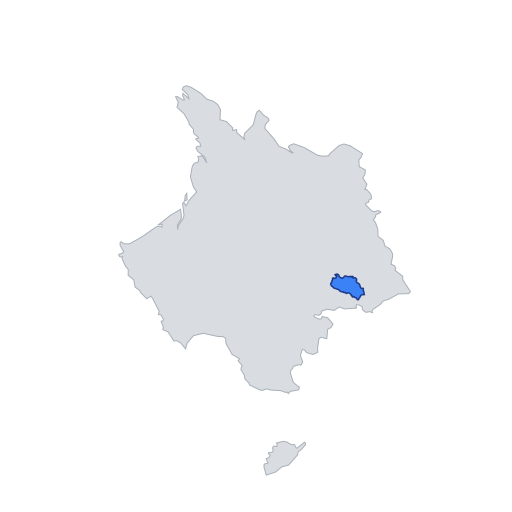 location of Haute-Saône within France, rotated 45°
{"feature_id": "FRA-5301", "entity_name": "Haute-Saône", "entity_type": "Metropolitan department", "adm_level": 1, "iso_a3": "FRA", "parent_name": "France", "parent_adm1": "", "projection": "natural_earth1", "projection_center": [5.999, 47.635], "detail": "fine", "context": "in_parent", "style": "filled", "palette": "blue", "viewbox_px": 512, "rotation_deg": 45, "n_neighbors": 0, "source": "natural_earth", "source_scale": "10m", "svg_char_len": 6244}
<svg xmlns="http://www.w3.org/2000/svg" viewBox="0 0 512 512"><g transform="rotate(45 256 256)"><path d="M378.4,213.7L375.6,215.1L373.8,217.9L372.0,218.5L368.7,218.5L367.0,216.8L363.1,217.9L361.4,219.7L363.8,221.9L355.9,230.9L350.9,233.2L349.8,239.1L343.8,243.5L341.6,248.1L341.4,249.1L342.9,250.6L342.3,253.6L339.3,255.6L339.3,257.5L340.2,257.8L344.8,256.2L346.5,254.4L345.6,252.0L350.3,249.0L358.6,249.7L359.6,253.7L358.5,257.1L364.5,264.4L359.3,267.7L359.0,270.0L364.4,277.3L367.8,280.4L366.0,285.3L360.3,288.5L356.7,288.2L355.1,289.0L355.3,290.5L357.8,295.0L364.0,297.9L364.9,301.3L363.2,302.5L360.4,307.6L361.6,310.1L361.2,311.2L361.8,312.9L363.4,314.7L371.9,319.0L379.7,318.2L380.7,320.7L376.0,327.4L376.2,330.4L373.9,330.4L373.5,331.5L368.7,333.7L361.0,340.5L357.4,342.5L356.0,345.9L353.9,347.8L342.8,351.7L340.7,350.8L335.4,350.9L332.0,348.5L325.5,346.9L323.5,343.3L317.4,342.7L317.1,340.3L308.7,342.5L296.8,339.2L292.7,335.7L289.2,336.6L286.1,339.8L273.3,348.0L268.1,356.6L269.0,366.5L271.9,371.5L264.0,370.7L259.4,372.2L258.1,374.2L247.1,371.8L243.0,373.8L241.9,373.7L240.5,371.6L235.1,369.2L236.0,367.6L235.2,366.1L230.2,364.9L228.4,366.4L226.5,363.5L212.3,358.9L210.0,359.0L209.0,363.5L199.8,363.4L198.5,362.6L192.6,363.5L186.4,359.3L179.3,360.1L175.1,355.8L171.0,355.5L165.1,353.3L162.5,352.1L162.2,350.8L160.4,352.8L158.2,352.4L157.8,351.8L159.2,349.4L159.6,346.6L152.3,344.5L150.4,342.5L150.4,341.4L154.4,340.5L158.1,336.6L161.9,322.6L164.8,306.1L166.7,303.0L169.0,302.1L167.2,299.8L164.9,302.8L166.7,287.7L169.6,276.4L175.6,281.0L177.0,283.0L178.6,289.8L182.0,292.6L179.8,289.9L177.9,280.9L176.5,278.3L167.0,270.8L166.7,269.1L171.0,270.0L169.4,264.4L168.7,252.6L162.9,251.4L153.6,246.4L147.4,237.4L146.8,234.1L148.6,230.5L147.2,228.3L144.5,226.7L146.7,223.7L148.6,223.4L155.4,225.1L149.9,222.2L140.9,223.2L137.3,222.2L136.8,220.1L139.3,217.4L136.4,215.7L131.2,216.1L130.6,215.4L132.2,213.4L130.9,212.7L126.7,213.4L124.3,212.8L122.2,210.6L115.4,210.1L113.9,208.8L104.7,206.3L94.9,206.7L92.4,202.3L86.5,200.2L87.8,198.8L93.8,197.5L95.0,196.2L90.7,194.4L89.3,192.6L97.3,192.2L93.7,190.2L86.0,190.4L85.1,187.8L86.2,185.0L90.8,182.6L102.1,180.0L110.3,179.9L116.2,176.8L121.9,176.0L127.2,177.5L134.2,185.1L140.2,181.8L148.9,181.9L150.6,183.8L153.0,180.3L154.9,182.3L165.5,181.6L163.1,180.3L161.2,177.0L161.2,165.1L156.1,156.4L154.8,153.3L155.3,150.6L161.5,151.1L166.8,149.9L169.3,150.7L169.7,156.3L171.8,159.5L186.4,160.5L194.7,162.2L201.9,159.1L208.5,157.7L209.1,156.9L205.3,157.2L201.8,155.9L201.4,154.4L203.3,150.0L213.5,145.2L228.4,141.2L232.3,138.5L236.7,133.6L235.8,132.3L236.7,119.0L239.0,114.6L244.6,111.5L259.0,108.3L260.7,112.5L260.5,114.9L264.3,118.6L266.1,119.8L272.4,117.8L275.4,121.3L276.2,125.2L283.7,126.8L285.9,131.9L287.2,130.8L292.0,131.0L294.2,131.5L297.2,133.7L296.3,136.8L297.6,138.3L296.3,141.1L297.2,142.3L305.8,142.3L308.5,141.0L309.7,138.2L312.3,136.5L313.3,137.0L311.6,142.3L312.8,143.7L313.4,147.5L316.7,147.8L323.0,150.8L328.4,155.8L335.0,155.0L340.3,157.8L345.7,156.3L350.8,157.8L352.6,159.3L357.3,166.3L361.0,164.9L363.6,165.8L364.5,167.8L374.2,166.6L376.0,168.6L378.0,169.3L390.4,172.0L390.6,174.6L383.5,182.1L380.4,192.9L378.3,196.6L377.6,199.4L378.2,201.3L377.8,204.2L376.4,211.2L377.2,213.3L378.4,213.7ZM424.9,359.9L424.3,364.5L426.1,367.7L426.9,380.7L423.3,387.0L422.7,394.6L418.2,403.7L411.0,399.7L408.9,397.4L410.8,394.0L406.6,392.1L407.6,388.7L407.1,387.0L404.2,386.9L404.0,386.0L406.2,383.4L406.1,381.8L403.3,379.8L402.8,378.0L405.4,376.0L404.2,374.2L402.7,373.7L406.3,367.8L408.7,366.0L414.3,364.4L416.6,362.2L420.2,363.3L420.9,362.8L421.9,353.4L423.2,353.3L424.4,354.5L424.9,359.9ZM167.6,265.0L166.7,267.7L163.1,263.1L162.7,260.6L167.6,265.0Z" fill="#d9dde1" stroke="#a8b0b8" stroke-width="1"/><path d="M330.8,223.8L330.5,223.8L330.1,223.7L329.0,223.1L328.8,222.8L328.6,222.9L328.3,222.5L328.2,222.3L328.1,222.0L328.1,221.7L328.0,220.8L328.0,220.6L327.9,220.4L327.7,220.2L327.3,219.9L327.1,219.7L327.0,219.3L327.0,219.0L327.0,218.7L326.9,218.5L326.9,218.3L326.6,218.1L326.4,218.1L326.2,218.0L325.9,217.8L325.9,217.5L326.0,217.3L326.1,216.9L326.2,216.7L326.4,216.6L326.6,216.6L327.0,216.5L327.4,216.1L327.8,215.7L328.0,215.3L328.0,215.1L328.0,214.9L327.9,214.7L327.6,214.3L327.5,214.1L327.5,213.9L327.6,213.7L327.5,213.3L327.4,213.1L327.2,213.0L326.9,212.9L326.7,212.9L326.4,213.1L326.2,213.3L325.9,213.6L325.1,213.2L325.9,211.7L326.0,211.5L326.2,211.3L326.5,211.2L326.8,211.2L327.3,211.1L327.7,211.0L328.1,211.0L329.4,211.6L329.7,211.7L329.9,211.7L330.2,211.7L332.4,211.0L332.7,210.9L332.9,210.7L333.0,210.3L332.9,210.0L332.9,209.7L332.9,209.4L332.9,209.1L333.1,208.5L333.1,208.2L332.9,207.7L333.0,207.4L333.2,207.0L335.7,205.5L336.0,205.3L336.5,204.6L336.7,204.4L337.0,204.2L337.4,204.1L337.5,203.9L337.4,203.4L337.9,203.3L338.1,203.1L338.2,202.9L338.6,202.2L338.8,202.1L339.1,202.0L339.2,202.3L339.2,202.5L339.2,202.9L339.2,203.0L339.3,203.1L339.6,203.1L339.8,202.9L340.0,202.7L340.6,202.3L340.8,202.2L341.2,201.6L341.5,201.4L341.7,201.2L342.0,201.1L342.4,201.1L343.5,201.3L344.0,201.6L344.2,201.8L344.3,202.1L344.4,202.3L344.3,202.6L344.4,202.8L344.6,202.9L345.1,203.0L345.4,203.3L345.8,203.4L346.4,203.4L346.7,203.3L346.9,203.2L347.2,203.0L347.7,202.9L348.9,202.8L349.8,203.1L351.8,204.2L352.0,204.3L352.3,204.4L352.8,204.4L353.1,204.3L353.4,204.3L353.7,204.1L353.9,204.0L354.1,203.8L354.3,203.4L354.6,203.1L354.8,203.2L355.1,203.3L355.6,203.8L356.0,204.3L356.3,204.5L356.5,204.7L357.3,204.9L357.6,205.1L358.1,205.5L359.9,206.7L358.7,208.0L358.2,208.8L358.0,209.7L358.1,210.0L358.7,211.8L358.7,212.1L358.7,213.1L358.8,213.3L358.9,213.6L359.0,213.8L359.2,214.0L359.3,214.1L359.2,214.6L358.6,215.2L356.7,214.8L355.9,215.0L355.3,215.4L355.1,215.5L354.8,215.5L354.4,215.3L354.2,215.3L353.9,215.6L353.5,216.5L353.2,216.8L351.9,216.2L351.8,216.3L351.5,216.6L351.3,216.6L351.1,216.5L350.7,216.1L350.1,216.0L348.0,216.3L347.6,216.5L347.3,216.7L346.6,218.3L346.2,218.7L345.9,218.7L345.2,218.6L344.9,218.6L344.6,218.9L344.5,219.0L344.3,219.4L344.3,219.5L344.1,219.6L343.7,219.8L342.9,219.7L342.7,219.9L342.1,220.6L341.8,220.9L339.9,221.5L339.4,221.5L338.5,221.2L338.3,221.3L333.6,223.6L332.8,223.6L332.4,223.4L332.0,223.5L330.8,223.8Z" fill="#3b82f6" stroke="#1e3a8a" stroke-width="1.5"/></g></svg>